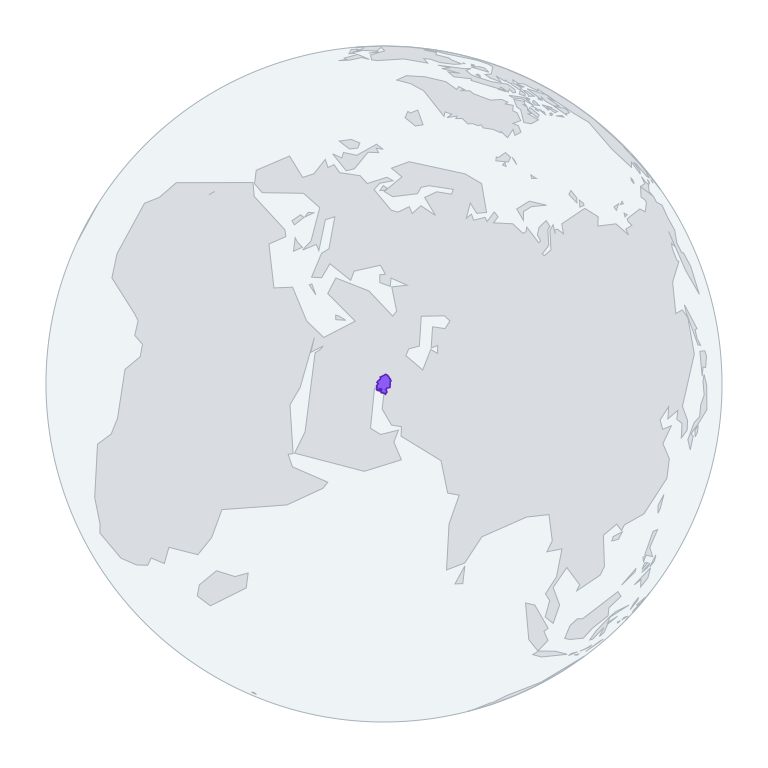 globe centered on Khuzestan, rotated 36°
{"feature_id": "IRN-3219", "entity_name": "Khuzestan", "entity_type": "Province", "adm_level": 1, "iso_a3": "IRN", "parent_name": "Iran", "parent_adm1": "", "projection": "orthographic", "projection_center": [48.994, 31.501], "detail": "fine", "context": "on_globe", "style": "filled", "palette": "violet", "viewbox_px": 768, "rotation_deg": 36, "n_neighbors": 0, "source": "natural_earth", "source_scale": "10m", "svg_char_len": 12747}
<svg xmlns="http://www.w3.org/2000/svg" viewBox="0 0 768 768"><g transform="rotate(36 384 384)"><circle cx="384" cy="384" r="338" fill="#eef3f6" stroke="#a8b0b8"/><path d="M396.9,46.3L429.6,49.7L445.3,52.0L438.5,51.4L471.1,57.5L493.4,64.3L465.5,56.2L460.6,55.3L474.4,59.2L472.3,59.2L477.8,61.4L474.2,61.5L458.2,57.8L455.5,58.0L465.4,60.9L468.0,63.5L453.8,59.1L456.8,63.3L430.6,60.1L395.7,51.9L378.4,53.5L335.1,55.1L336.3,56.4L320.6,59.1L316.2,61.9L309.4,62.3L311.7,64.4L318.8,63.6L322.1,64.4L320.2,66.3L311.2,66.7L310.9,65.9L307.2,67.1L303.6,66.7L304.2,67.9L293.6,68.9L301.1,70.9L290.1,74.1L283.9,74.1L288.6,70.2L285.6,63.5L280.8,63.8L269.2,67.3L238.9,81.0L231.8,83.6L219.3,90.0L221.2,89.7L231.7,84.9L232.4,87.1L245.2,81.9L247.3,82.3L258.8,79.4L252.6,84.3L240.4,91.0L230.5,94.0L224.9,97.4L230.7,98.7L208.9,109.4L188.6,126.2L183.4,129.1L179.7,125.7L188.7,114.1L183.9,113.3L182.5,118.8L169.6,127.3L165.6,131.2L163.7,134.1L166.8,133.0L161.5,137.4L160.9,132.7L165.7,128.6L165.9,129.9L170.0,124.9L169.5,123.4L163.0,128.7L165.8,125.9L185.5,110.5L206.3,96.6L228.0,84.2L250.6,73.5L273.9,64.5L297.8,57.2L322.2,51.8L347.0,48.1L371.9,46.3L396.9,46.3ZM46.9,408.1L49.3,429.1L52.0,446.9L52.1,447.4L46.9,408.1ZM457.0,54.1L449.3,52.5L457.4,54.2L457.0,54.1ZM479.3,61.8L482.1,62.4L483.7,63.4L479.3,61.8ZM261.4,77.0L260.1,78.2L258.6,78.1L261.4,77.0ZM267.6,74.9L266.8,74.0L269.7,72.9L270.1,73.4L267.6,74.9ZM479.6,64.6L481.4,66.4L476.8,63.8L479.6,64.6ZM267.9,76.4L274.8,71.1L279.8,69.3L285.6,70.1L267.9,76.4ZM480.6,67.1L485.2,72.4L491.9,73.9L475.5,73.5L477.1,68.6L470.4,64.9L477.1,67.0L480.6,67.1ZM321.8,62.6L314.3,63.5L322.4,61.2L321.8,62.6ZM326.2,61.0L346.4,54.3L356.6,54.5L347.8,56.4L362.5,56.0L357.6,59.2L348.4,60.3L342.7,59.3L345.2,61.4L326.2,61.0ZM465.8,72.8L464.5,73.9L462.8,72.2L465.8,72.8ZM324.1,64.6L327.3,63.0L336.4,62.9L331.7,66.3L330.2,65.1L324.1,64.6ZM368.8,54.5L374.7,55.5L372.3,58.2L374.3,59.1L358.3,59.4L368.8,54.5ZM327.2,66.1L329.0,68.1L323.0,69.9L321.6,66.3L327.2,66.1ZM340.7,61.6L344.8,61.9L341.0,62.8L340.7,61.6ZM302.5,78.6L306.1,76.1L311.1,75.7L302.5,78.6ZM330.2,68.7L332.2,68.1L334.6,67.8L334.6,69.5L330.2,68.7ZM357.8,61.6L355.5,62.8L364.2,61.6L362.8,64.1L352.3,64.0L356.2,65.1L355.8,65.9L347.8,65.1L357.8,61.6ZM341.7,70.7L328.0,72.2L320.2,76.7L315.5,77.0L328.9,69.8L341.7,70.7ZM346.0,67.4L342.3,69.4L338.3,68.4L338.4,66.5L346.0,67.4ZM365.5,66.0L370.4,62.1L372.5,62.4L365.5,66.0ZM340.2,72.1L343.6,71.7L340.2,72.5L340.2,72.1ZM358.6,67.9L360.1,66.4L362.4,66.7L358.6,67.9ZM349.1,72.5L344.7,72.9L344.5,71.4L349.1,72.5ZM354.1,70.5L357.0,71.3L347.2,70.7L354.3,69.8L354.1,70.5ZM360.6,68.4L362.5,68.1L359.7,69.1L360.6,68.4ZM352.0,78.3L339.6,77.8L339.5,74.4L351.5,75.2L352.0,78.3ZM91.4,435.4L84.0,378.5L92.6,365.0L97.6,343.3L159.6,298.0L168.8,308.6L213.2,317.5L218.0,322.4L208.6,338.4L238.5,371.0L253.1,359.4L284.4,378.5L307.9,381.8L323.8,350.1L285.3,343.9L282.8,326.5L317.0,317.6L351.2,324.0L351.4,317.6L333.2,300.9L344.7,290.4L327.4,294.2L331.7,301.4L321.0,304.4L316.4,298.1L320.6,294.4L311.3,290.0L293.5,310.2L296.1,319.7L269.5,318.5L271.1,334.7L262.6,340.1L256.7,315.0L260.0,307.0L245.9,277.6L240.0,285.6L252.9,314.4L247.2,310.9L239.4,323.5L240.9,311.2L228.4,279.1L206.8,277.0L173.0,300.8L161.6,298.1L155.0,286.2L173.6,255.1L196.8,264.7L203.7,255.2L204.5,236.8L211.4,241.8L214.6,235.9L223.9,239.1L242.3,229.5L252.6,231.7L264.9,215.0L271.9,214.2L262.6,224.0L261.6,232.6L287.7,239.2L294.3,236.7L300.2,225.7L306.6,229.5L309.1,218.1L326.6,217.4L307.2,209.2L313.7,197.5L327.1,190.7L325.7,185.8L304.0,197.0L298.4,203.1L299.2,210.4L281.0,227.3L271.0,228.1L276.8,205.9L263.2,205.0L273.7,189.4L326.0,166.4L345.2,164.5L366.1,184.9L358.7,191.4L347.5,186.9L353.1,201.5L354.9,195.2L360.3,198.8L367.8,189.8L371.9,192.0L372.1,180.0L378.0,181.7L377.8,189.3L394.0,178.7L407.8,180.5L409.4,177.2L407.3,173.1L426.1,178.8L426.5,176.1L420.5,173.2L417.4,166.2L419.2,156.5L425.6,159.0L425.8,162.8L435.9,175.1L435.5,185.8L438.3,185.9L440.2,177.3L427.9,162.1L427.2,155.7L434.2,162.0L431.6,159.2L433.2,156.8L440.9,157.0L433.7,149.9L443.2,123.9L459.0,122.8L464.1,130.6L477.5,118.1L494.2,119.7L488.6,116.7L491.3,109.9L486.1,109.2L483.6,107.4L488.1,92.0L494.1,91.1L489.7,82.9L486.8,81.6L482.1,81.7L475.5,73.5L491.9,73.9L497.5,76.7L503.9,75.9L515.9,82.7L528.8,88.7L538.3,98.0L547.7,102.7L549.1,101.9L562.9,108.5L586.4,126.1L561.2,114.8L524.6,93.3L539.0,101.8L533.9,101.2L537.9,105.2L548.2,111.7L550.6,111.6L557.6,131.9L578.7,155.6L581.7,148.7L590.8,151.7L617.4,177.3L638.6,226.7L650.9,234.9L656.4,243.2L656.2,252.8L648.2,240.7L641.7,240.5L637.2,232.7L634.2,245.4L627.6,235.0L628.5,250.8L636.0,256.9L641.0,248.9L644.7,268.3L658.8,276.8L668.3,294.0L670.6,336.3L661.3,356.6L662.3,363.0L654.6,360.6L650.4,377.4L669.6,402.1L671.2,411.7L661.5,438.1L660.2,431.4L639.8,425.0L640.4,449.2L656.0,459.6L661.5,478.2L651.4,477.7L645.3,461.8L638.0,458.9L636.9,438.6L624.9,412.8L614.4,424.0L612.3,411.9L594.2,392.7L577.5,407.9L553.0,450.1L554.5,481.3L543.9,497.7L518.9,459.0L510.2,429.7L499.6,434.8L475.2,412.5L428.5,416.2L423.2,408.3L414.2,412.8L397.2,405.3L389.7,392.0L378.8,393.0L399.1,427.8L411.0,426.8L422.8,412.8L426.1,425.2L442.6,435.1L419.3,466.3L352.3,492.5L348.2,468.9L310.0,399.4L312.6,392.0L312.5,391.2L312.2,389.6L306.2,401.3L300.4,387.4L318.2,436.1L320.1,456.0L351.4,493.8L347.8,497.2L358.6,504.9L396.2,496.5L395.9,504.2L376.6,538.8L326.7,580.9L334.8,609.4L333.7,631.5L306.0,642.6L311.8,658.4L298.0,661.6L299.3,669.6L290.1,675.9L273.5,679.5L241.6,671.5L236.8,664.4L216.7,645.9L187.6,601.1L192.7,584.9L188.7,568.6L165.9,524.4L170.7,505.2L165.3,493.8L153.8,491.2L147.9,477.4L141.1,473.8L101.5,458.1L91.4,435.4ZM133.9,327.7L131.1,333.9L133.9,327.7ZM385.0,348.2L407.1,349.9L401.5,328.6L409.5,327.8L404.7,321.3L401.0,327.1L389.7,309.2L400.8,303.3L400.3,294.2L392.8,293.3L374.3,307.3L390.3,332.5L383.4,341.0L385.0,348.2ZM169.7,127.5L169.5,128.1L166.6,131.6L166.0,131.1L169.7,127.5ZM165.7,142.3L157.2,149.1L162.8,143.5L160.3,143.7L169.0,132.8L181.3,130.0L174.2,132.9L165.7,142.3ZM184.1,118.7L177.2,125.2L184.3,118.3L184.1,118.7ZM222.8,203.2L224.1,208.5L218.0,214.1L205.0,213.8L213.8,205.4L222.8,203.2ZM227.6,215.0L237.0,194.4L245.4,194.6L239.1,197.8L243.7,200.0L234.8,205.9L233.6,227.2L228.1,233.7L207.2,228.0L217.0,225.9L215.1,220.5L227.6,215.0ZM246.1,149.3L250.3,142.5L263.2,151.3L257.8,156.8L244.5,156.1L243.1,149.4L246.1,149.3ZM276.8,79.8L277.6,78.2L280.1,77.9L281.5,79.0L276.8,79.8ZM303.8,77.5L276.0,87.2L275.5,85.6L259.9,94.4L252.4,93.8L262.8,88.0L245.4,94.7L251.7,89.2L240.1,94.4L263.9,81.5L269.0,77.6L266.2,82.0L272.9,82.5L277.3,81.5L293.6,76.1L307.7,68.8L316.6,68.8L319.2,70.9L317.1,72.6L312.0,71.8L313.0,74.8L304.0,75.1L303.8,77.5ZM343.8,105.9L338.7,102.3L339.2,112.1L330.2,110.9L330.8,112.1L322.6,113.9L313.7,118.5L310.3,117.2L308.3,119.6L302.8,121.2L299.0,124.3L291.4,123.2L286.1,127.0L285.5,124.4L278.4,131.4L280.3,125.9L273.4,128.0L275.2,132.2L243.7,123.4L229.0,125.4L215.7,130.6L220.8,121.5L236.5,111.4L256.3,103.1L269.7,103.0L269.6,99.4L276.0,98.5L273.4,101.7L281.2,96.3L285.8,96.6L303.4,91.7L311.8,84.7L318.5,83.2L317.5,86.1L324.8,82.6L327.5,87.2L332.3,86.4L339.8,90.6L335.1,97.4L340.9,96.0L346.8,99.7L343.8,105.9ZM353.7,79.5L350.2,86.9L343.5,90.2L333.3,81.7L328.5,81.8L321.8,77.4L331.6,72.9L332.6,74.5L335.9,75.1L331.5,76.2L337.5,75.8L339.1,78.1L344.2,78.6L341.7,80.7L353.7,79.5ZM226.2,317.9L230.4,320.0L237.6,321.4L232.8,329.8L226.2,317.9ZM217.1,296.1L221.3,296.3L218.0,307.9L213.6,306.0L217.1,296.1ZM226.5,286.9L221.8,295.4L221.7,289.7L226.5,286.9ZM266.8,223.9L271.6,223.8L271.0,226.6L267.0,229.9L266.8,223.9ZM343.3,137.7L341.4,134.3L343.5,133.4L346.2,125.4L353.1,126.1L354.2,131.2L343.3,137.7ZM315.6,354.9L307.2,360.3L304.4,356.6L307.8,355.5L315.6,354.9ZM266.8,345.5L276.6,352.0L265.3,347.7L266.8,345.5ZM351.2,137.1L351.5,133.6L354.8,136.2L351.2,137.1ZM358.2,126.3L362.5,128.6L354.2,125.3L358.2,126.3ZM460.2,709.9L463.3,710.2L457.7,711.3L460.2,709.9ZM392.4,630.0L373.9,665.5L357.5,665.2L352.7,655.0L358.3,633.5L376.6,627.4L385.2,616.8L392.4,630.0ZM697.1,491.5L700.1,488.2L699.8,489.7L697.1,491.5ZM694.1,491.5L698.1,486.9L692.9,495.3L694.1,491.5ZM699.6,485.1L703.7,477.4L705.4,473.0L704.8,476.1L699.6,485.1ZM691.1,495.0L671.8,512.3L663.4,515.5L666.1,509.1L679.8,499.4L691.1,495.0ZM665.4,509.5L651.4,505.7L627.2,477.9L636.0,474.2L660.3,485.1L658.9,490.2L667.4,495.1L665.4,509.5ZM696.2,458.8L694.6,472.5L684.7,481.3L679.8,483.6L676.5,470.3L678.4,460.4L682.7,457.1L695.3,414.5L700.5,416.4L697.5,432.9L701.5,439.8L696.2,458.8ZM556.3,483.7L565.1,499.2L558.9,504.0L556.3,483.7ZM697.5,388.6L694.4,407.0L696.3,384.9L697.5,388.6ZM696.9,369.6L698.6,375.6L695.3,371.9L696.9,369.6ZM664.9,371.9L660.6,377.1L659.1,372.7L663.7,363.5L664.9,371.9ZM675.4,308.9L680.6,322.2L681.6,327.5L677.1,321.2L675.4,308.9ZM410.4,143.8L399.1,153.7L395.5,162.5L400.6,169.7L388.5,164.4L394.1,150.7L410.4,143.8ZM438.5,125.8L434.0,120.4L439.1,120.6L440.8,121.8L438.5,125.8ZM433.5,124.1L422.1,121.9L421.6,117.6L430.7,120.1L433.5,124.1ZM386.4,128.2L382.6,130.9L380.0,128.5L386.4,128.2ZM643.6,600.3L646.8,596.4L657.5,579.5L659.1,577.9L666.4,563.8L686.4,532.8L702.8,494.2L706.1,486.3L697.2,510.9L686.4,534.8L673.9,557.7L659.6,579.6L643.6,600.3ZM704.4,481.8L709.6,465.7L711.4,461.4L704.4,481.8ZM720.2,417.8L719.2,423.1L719.0,419.7L720.2,411.4L718.2,414.7L720.6,403.3L720.7,411.8L721.6,397.3L721.7,396.6L720.2,417.8ZM718.8,429.8L719.0,428.3L718.3,433.2L718.8,429.8ZM714.1,436.4L713.7,440.0L712.7,439.6L714.1,436.4ZM715.5,431.5L717.7,428.4L715.0,435.0L715.5,431.5ZM703.9,439.7L705.2,445.8L709.4,434.7L706.1,446.6L708.0,455.5L706.7,461.8L705.0,451.8L702.8,467.7L700.9,470.1L700.7,459.1L703.2,441.2L705.1,432.3L712.1,418.8L703.9,439.7ZM715.8,421.9L715.0,414.4L715.4,406.9L716.4,409.9L715.8,421.9ZM710.9,397.3L706.8,391.1L704.5,399.4L707.7,376.0L711.4,385.7L710.9,397.3ZM705.2,377.6L703.2,385.1L704.3,372.5L705.2,377.6ZM701.8,382.5L700.0,375.5L702.4,373.5L701.8,382.5ZM706.5,375.9L704.4,362.5L706.9,368.4L706.5,375.9ZM695.1,360.0L702.7,365.8L695.4,369.0L688.3,345.1L690.9,340.9L695.1,360.0ZM666.8,243.8L662.4,238.1L662.8,233.4L665.8,238.6L666.8,243.8ZM660.3,215.0L661.5,230.3L661.8,243.8L664.8,244.4L670.5,257.3L662.5,250.4L657.6,232.9L658.6,224.9L652.6,214.9L649.5,204.7L640.7,194.6L637.3,188.1L645.6,195.1L660.3,215.0ZM636.8,190.6L620.3,171.9L624.0,168.6L628.5,171.9L634.5,181.6L632.2,182.8L636.8,190.6ZM617.4,166.6L615.0,167.8L585.7,148.0L580.5,143.3L604.7,155.2L603.7,157.2L610.3,163.0L617.4,166.6ZM468.2,74.9L464.8,74.0L467.7,73.8L468.2,74.9ZM480.7,107.2L477.8,104.6L481.3,104.1L480.7,107.2ZM471.7,97.5L469.8,99.9L469.2,96.3L471.7,97.5ZM466.0,105.6L467.8,100.3L469.9,106.9L466.0,105.6Z" fill="#d9dde1" stroke="#a8b0b8" stroke-width="1"/><path d="M380.1,391.0L380.0,390.9L379.9,390.9L379.9,390.6L379.8,390.4L379.7,390.3L379.7,390.2L379.0,390.1L379.0,389.9L379.1,387.1L377.3,386.9L377.4,385.5L377.4,384.5L378.2,382.4L378.2,382.2L377.9,381.9L377.8,381.7L377.7,381.6L377.4,381.2L377.4,380.9L377.2,380.9L377.0,380.5L376.9,380.4L377.1,380.3L377.6,380.0L377.8,379.7L377.7,379.3L377.7,379.0L378.1,378.5L378.6,377.5L378.8,377.1L379.5,375.3L379.8,375.1L381.0,375.0L381.4,374.9L381.9,374.9L382.4,375.0L382.7,375.3L383.0,375.4L384.1,375.5L385.2,376.3L385.9,376.4L386.3,376.3L386.5,376.9L386.8,377.0L387.2,377.0L387.7,377.2L387.9,377.5L387.7,378.1L387.8,378.6L388.6,379.8L388.7,380.2L388.8,380.3L389.0,380.4L389.0,380.5L389.3,380.6L389.4,380.8L389.6,381.3L389.7,381.7L389.9,381.9L390.1,382.1L390.2,382.3L390.7,382.7L390.8,383.1L390.8,383.3L390.5,383.7L390.4,384.0L390.0,384.5L389.4,385.0L389.0,385.2L388.9,385.3L388.7,385.5L388.7,386.0L388.9,386.9L388.9,387.1L388.9,387.4L388.8,387.6L389.7,387.6L389.9,387.9L390.3,388.2L390.8,388.5L391.1,388.7L391.2,389.0L390.9,389.7L391.0,390.0L391.2,390.6L391.3,391.5L390.5,391.5L390.2,391.3L389.7,391.4L389.4,391.6L389.1,391.5L388.9,391.6L388.7,391.6L387.1,392.7L386.9,392.7L386.7,392.7L386.6,392.4L386.6,392.1L386.5,391.9L386.4,391.9L386.2,391.9L385.9,391.9L385.7,391.8L385.4,391.9L385.2,391.9L385.2,391.6L385.1,391.4L385.1,391.2L385.1,391.3L384.9,391.5L384.7,391.4L384.1,391.1L384.0,390.8L383.9,390.7L383.6,390.6L383.8,390.5L384.0,390.5L384.3,390.5L384.3,390.4L384.5,390.5L384.8,390.6L385.0,390.7L385.1,390.8L385.1,390.7L385.3,390.4L385.4,390.2L385.2,390.2L385.1,389.9L385.0,390.0L384.9,390.0L384.9,389.9L384.7,389.9L384.4,389.8L384.2,389.8L383.9,389.8L383.8,390.0L384.1,390.1L384.2,390.3L383.8,390.4L383.7,390.4L383.4,390.6L383.3,390.8L383.3,391.0L383.5,391.3L383.7,391.5L383.7,391.9L383.7,392.0L383.7,392.3L383.7,392.5L383.4,392.7L383.1,392.7L382.9,392.7L382.5,392.7L382.3,392.5L382.2,392.5L382.3,392.8L382.3,393.0L382.2,393.0L381.7,393.1L381.4,393.0L381.3,392.9L381.2,392.8L381.2,392.7L381.1,392.4L380.9,392.2L380.9,391.9L381.0,391.8L381.0,391.7L380.8,391.4L380.6,391.2L380.4,391.0L380.4,390.9L380.1,391.0L380.1,391.0Z" fill="#8b5cf6" stroke="#5b21b6" stroke-width="1.5"/></g></svg>